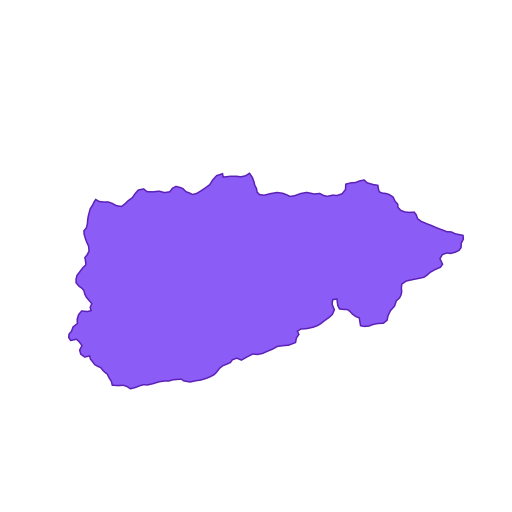 outline of Cruzília, Minas Gerais, Brazil, rotated 252°
{"feature_id": "56859067B62887597748412", "entity_name": "Cruzília", "entity_type": "district", "adm_level": 2, "iso_a3": "BRA", "parent_name": "Brazil", "parent_adm1": "Minas Gerais", "projection": "equal_earth", "projection_center": [-44.799, -21.748], "detail": "fine", "context": "isolated", "style": "filled", "palette": "violet", "viewbox_px": 512, "rotation_deg": 252, "n_neighbors": 0, "source": "geoboundaries", "source_scale": "gbopen_adm2", "svg_char_len": 3188}
<svg xmlns="http://www.w3.org/2000/svg" viewBox="0 0 512 512"><g transform="rotate(252 256 256)"><path d="M344.6,249.6L344.6,243.4L341.7,238.3L338.2,234.1L336.5,229.2L334.9,223.5L333.8,218.7L334.1,214.6L336.3,212.4L338.9,209.2L342.7,207.3L344.7,204.9L346.9,201.4L346.3,197.6L343.7,193.8L344.6,188.5L347.5,184.1L349.0,177.3L350.9,172.2L354.5,169.9L355.1,164.4L352.7,160.4L349.7,156.5L348.1,151.5L346.1,147.5L344.7,143.4L346.9,138.9L350.5,135.5L353.1,132.0L354.5,127.6L356.4,123.6L359.3,121.0L357.2,118.5L354.9,116.3L352.1,112.9L346.4,109.2L342.5,107.1L338.9,105.7L335.1,103.3L333.1,100.1L330.0,99.3L325.2,99.1L321.6,99.3L317.0,99.8L312.2,98.7L309.2,95.6L307.4,92.8L303.0,92.2L300.1,91.4L298.5,87.9L296.0,84.3L292.8,79.7L289.6,77.7L286.1,76.6L281.8,78.4L278.9,80.6L276.2,81.6L272.5,81.4L269.3,81.9L265.8,83.3L261.5,85.1L258.2,82.4L255.0,82.3L255.3,78.4L257.6,73.2L255.0,69.1L250.9,66.3L247.0,65.3L245.0,60.0L241.6,57.4L239.4,54.0L236.3,52.7L232.9,53.6L232.3,59.6L228.9,61.4L224.6,62.8L221.0,59.2L216.8,59.0L212.8,61.9L212.4,66.9L209.1,66.7L206.0,67.9L202.5,69.1L199.9,71.5L197.8,73.8L194.6,75.0L192.0,76.4L189.5,78.1L185.6,78.6L181.5,79.7L177.5,79.4L175.2,85.3L174.1,89.7L171.9,92.8L168.5,95.6L168.2,100.5L168.5,105.5L168.4,109.2L166.9,112.9L166.4,118.7L166.3,125.0L165.4,130.3L164.1,134.5L163.9,138.8L162.9,143.1L161.9,147.0L159.4,148.9L156.5,154.5L156.0,160.0L155.1,165.2L155.0,171.1L155.3,175.0L156.1,179.6L158.0,183.1L160.4,186.6L161.9,190.4L162.2,195.0L162.6,198.7L164.6,201.4L164.8,206.1L161.5,210.0L162.8,216.3L163.8,222.7L161.9,227.0L161.3,232.2L161.9,237.5L162.3,242.9L163.4,248.4L162.4,253.9L161.1,259.4L161.5,266.9L165.3,268.9L168.2,272.5L171.6,272.1L172.7,276.0L171.3,281.7L170.6,288.3L170.8,293.0L171.6,296.5L173.4,301.3L175.0,306.6L176.9,310.6L180.6,313.9L186.5,313.5L190.8,315.4L190.1,319.7L186.2,318.9L183.5,318.5L179.8,319.1L178.4,322.2L176.7,326.5L174.0,328.4L170.7,329.9L167.5,332.3L165.2,335.1L161.5,334.5L157.4,333.9L155.6,337.1L154.5,341.6L154.7,346.7L154.1,351.2L152.7,356.4L154.4,360.8L158.4,363.1L162.4,366.9L165.6,372.3L170.0,375.6L171.8,379.6L174.2,381.9L176.9,383.5L180.8,384.4L184.3,386.0L185.8,391.3L185.0,398.9L184.3,404.8L183.9,409.2L184.9,412.7L186.6,416.4L187.7,421.7L188.3,427.9L190.5,430.9L193.9,430.5L196.6,430.1L199.8,433.8L199.9,438.4L198.3,441.9L198.0,446.8L198.6,450.8L200.6,453.6L204.8,455.2L207.9,458.4L211.6,459.3L213.6,455.8L215.5,452.4L218.5,449.2L220.2,444.9L222.4,442.3L225.2,438.7L228.2,435.1L230.8,432.3L233.6,428.7L238.0,423.7L241.6,421.2L245.8,421.1L248.8,420.0L250.1,415.3L251.7,411.5L254.6,407.8L258.5,406.0L261.6,406.8L264.9,405.2L269.7,404.6L273.2,401.8L275.4,398.7L276.9,395.3L279.0,393.1L281.8,393.1L285.6,393.7L287.8,389.4L291.2,384.4L294.9,382.3L295.4,377.3L295.1,373.4L296.2,369.1L296.6,363.6L291.5,361.6L288.6,357.2L288.5,351.7L290.2,347.7L290.7,342.2L292.7,339.0L295.8,335.9L297.0,330.4L298.7,327.6L300.8,323.8L301.6,317.7L301.4,311.4L302.1,306.8L304.9,303.9L307.4,300.8L309.9,295.6L310.9,288.8L311.3,282.7L313.2,278.4L316.4,276.8L319.9,277.3L323.7,276.7L327.3,277.0L331.9,276.8L336.7,275.4L335.5,270.9L336.0,266.0L337.8,262.2L339.7,256.4L341.2,249.2L344.6,249.6Z" fill="#8b5cf6" stroke="#5b21b6" stroke-width="1.5"/></g></svg>